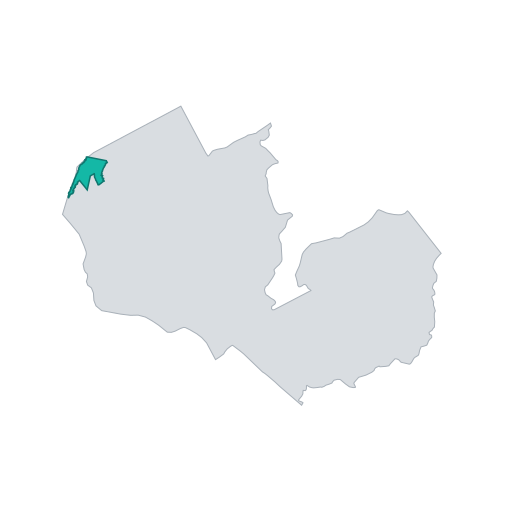 location of Shangombo, Western, Zambia, rotated 62°
{"feature_id": "96606910B19262681040951", "entity_name": "Shangombo", "entity_type": "district", "adm_level": 2, "iso_a3": "ZMB", "parent_name": "Zambia", "parent_adm1": "Western", "projection": "natural_earth1", "projection_center": [22.677, -16.496], "detail": "fine", "context": "in_parent", "style": "filled", "palette": "teal", "viewbox_px": 512, "rotation_deg": 62, "n_neighbors": 0, "source": "geoboundaries", "source_scale": "gbopen_adm2", "svg_char_len": 8263}
<svg xmlns="http://www.w3.org/2000/svg" viewBox="0 0 512 512"><g transform="rotate(62 256 256)"><path d="M328.5,340.4L309.5,340.4L302.6,342.2L296.9,344.8L290.1,349.0L286.1,351.9L285.0,353.5L284.5,357.1L284.4,362.6L283.7,366.5L281.6,370.1L271.3,374.5L264.6,378.1L258.0,382.3L252.9,387.8L249.5,394.6L243.7,402.9L231.8,417.9L224.9,420.7L219.2,420.0L212.3,416.9L206.8,416.3L202.7,418.3L198.9,417.7L195.5,414.5L192.6,413.4L190.2,414.2L187.2,414.1L181.8,412.4L177.0,407.0L174.5,404.8L172.5,404.0L166.8,403.1L153.8,401.9L140.3,404.6L128.4,407.3L116.3,395.4L104.7,382.8L102.2,379.6L97.8,375.4L94.6,373.3L93.4,372.3L90.3,361.1L88.5,350.8L88.4,252.0L141.8,252.0L145.2,251.5L145.3,250.5L142.9,245.2L143.0,243.3L143.7,239.8L146.0,232.6L146.2,230.2L145.1,222.4L145.2,218.1L145.8,209.3L145.5,206.3L146.7,202.4L147.2,199.7L147.7,198.6L147.1,195.6L146.0,185.2L145.4,180.8L148.6,181.4L149.6,183.6L150.3,185.9L151.7,186.1L155.5,187.5L156.8,189.4L157.7,193.6L157.2,195.7L155.9,197.5L157.2,199.0L159.7,200.0L161.2,199.7L165.5,196.9L169.4,195.8L171.5,195.1L180.3,193.2L182.1,192.2L183.3,192.2L184.2,193.0L183.4,195.9L183.1,198.6L184.2,203.6L185.0,205.9L186.8,207.6L188.2,208.5L189.6,210.3L192.7,209.9L199.5,212.5L201.5,213.7L204.4,214.8L206.4,215.3L213.3,216.2L220.7,217.6L224.5,217.7L227.2,217.3L229.1,216.6L230.3,215.8L230.8,215.1L233.6,205.7L235.0,204.9L236.9,204.4L237.9,205.3L239.1,211.3L244.4,216.6L246.2,221.2L247.5,225.0L248.7,226.1L250.7,227.4L253.9,227.9L256.8,228.0L271.1,234.6L272.6,235.8L274.4,239.3L275.4,243.3L276.5,246.5L278.4,247.1L280.0,247.3L281.6,249.4L282.8,251.3L287.0,259.1L287.6,262.2L289.7,264.3L292.4,265.1L295.0,265.3L296.5,264.3L300.2,262.7L303.0,260.9L305.1,260.3L306.4,260.6L307.3,261.9L307.9,265.8L309.9,267.1L311.4,266.6L312.0,265.1L312.0,264.3L312.3,223.7L311.0,224.0L309.3,225.1L305.5,225.3L304.1,226.1L303.6,227.4L303.9,229.1L303.9,231.4L303.4,232.5L301.7,232.9L299.3,232.0L294.9,230.9L291.3,230.2L288.7,227.1L285.2,222.5L282.9,220.2L277.4,215.4L276.4,214.5L274.8,212.2L273.3,208.4L272.0,204.0L271.2,201.2L272.6,196.9L275.9,182.8L276.7,178.5L279.4,174.0L279.7,170.0L278.6,164.9L278.9,162.1L279.3,146.0L278.6,140.9L276.8,135.3L272.8,127.4L272.8,125.8L279.1,120.7L280.9,118.7L284.2,114.6L286.4,111.1L287.8,108.2L288.3,104.6L287.2,101.1L289.4,100.4L340.6,91.3L341.3,93.7L342.8,97.7L344.5,100.7L346.7,103.3L348.6,104.8L349.8,105.3L357.7,105.1L360.5,106.7L363.0,108.7L363.6,111.8L365.2,113.7L366.9,115.2L367.7,115.4L369.0,115.0L371.1,115.0L373.0,115.6L374.0,116.3L374.0,118.9L374.6,120.1L377.3,120.5L380.0,120.7L382.6,122.4L385.4,122.8L388.7,123.5L390.2,125.4L393.7,127.3L397.9,129.0L402.6,131.9L402.7,132.7L403.5,134.4L404.3,135.6L404.4,137.4L404.7,139.1L405.9,139.5L406.9,139.6L407.9,138.4L409.1,138.4L410.5,139.2L411.0,141.1L412.0,143.6L413.7,145.4L414.9,147.1L414.4,150.1L413.7,152.9L416.0,155.7L419.1,158.3L419.9,159.5L420.1,163.4L420.5,164.7L422.6,168.0L423.6,170.1L423.5,171.4L417.9,177.8L414.4,178.8L412.9,180.1L412.0,181.5L414.2,187.9L415.3,190.3L414.3,193.4L412.0,198.6L411.0,199.0L410.8,202.9L411.5,204.4L412.5,205.5L413.0,208.2L412.8,214.8L411.3,222.3L413.8,228.8L414.6,229.5L418.1,229.6L418.7,230.1L417.8,232.0L415.4,234.9L410.9,237.1L404.6,239.6L403.2,241.9L402.3,245.4L403.0,247.4L403.8,248.6L403.5,251.6L402.9,254.8L403.1,257.2L402.8,259.5L402.0,260.5L400.8,263.9L399.4,267.2L398.3,268.7L396.7,270.3L394.2,271.7L394.2,272.3L397.0,273.9L397.8,275.0L398.0,275.7L396.8,277.4L398.1,278.4L399.7,279.3L401.2,281.5L402.9,285.7L403.2,286.1L403.7,286.2L404.6,285.7L406.4,284.0L407.7,283.4L409.2,285.8L382.5,296.2L376.3,298.3L366.9,302.0L363.9,303.3L361.4,304.7L336.7,312.8L332.8,314.4L324.0,318.5L323.7,319.2L323.8,321.1L324.5,325.0L326.0,328.5L327.3,330.5L328.1,335.8L328.5,340.4Z" fill="#d9dde1" stroke="#a8b0b8" stroke-width="1"/><path d="M101.6,343.4L89.1,358.7L89.1,359.3L89.6,359.3L89.7,359.6L89.9,359.6L90.0,359.8L89.9,359.8L90.0,359.9L90.0,360.2L90.4,360.2L90.5,360.4L90.5,360.5L90.8,360.8L90.8,361.0L91.1,361.0L91.3,360.9L91.4,361.0L91.2,361.3L91.2,361.5L91.4,361.6L91.4,361.8L91.1,362.0L91.4,362.1L91.6,362.5L91.8,362.6L92.0,362.7L92.0,362.8L91.8,362.9L91.7,363.1L91.9,363.2L91.9,363.4L92.3,363.5L92.3,363.9L92.5,364.0L92.5,364.3L92.7,364.5L92.7,364.8L92.5,365.1L92.5,365.3L92.7,365.2L92.7,365.4L92.8,365.6L92.8,365.8L93.0,366.0L92.9,366.1L93.0,366.9L93.2,368.4L93.5,369.0L94.2,369.8L94.5,370.4L94.9,370.9L95.5,371.4L96.0,371.7L96.4,371.8L96.5,371.8L97.1,373.1L98.2,373.8L98.3,374.0L99.2,375.4L99.6,376.1L100.0,376.4L100.3,376.9L100.5,377.1L101.6,378.4L102.4,379.4L102.8,380.0L103.1,380.4L104.3,381.6L105.4,382.6L105.7,382.9L105.9,383.4L106.5,383.7L106.7,384.2L106.6,384.3L106.9,384.5L107.2,385.0L107.8,385.5L108.4,386.2L108.6,386.3L108.8,386.4L108.8,386.7L108.6,386.9L108.8,387.1L109.6,387.4L109.7,387.7L109.5,387.8L110.0,388.0L109.9,388.3L110.0,388.4L110.3,388.7L110.3,388.8L110.7,389.2L111.1,389.4L111.7,390.0L112.1,390.8L111.8,390.9L111.9,391.3L112.1,391.5L112.3,391.8L112.8,392.2L113.2,392.3L113.5,392.3L114.0,392.4L114.4,393.0L115.3,393.8L116.6,394.4L116.6,394.5L116.6,394.4L116.7,394.2L116.5,393.8L116.4,393.7L116.3,393.8L116.2,393.9L116.1,393.7L116.0,393.8L115.9,393.7L116.0,393.7L115.9,393.6L116.0,393.5L115.9,393.3L115.7,393.4L115.6,393.1L115.6,392.9L115.4,392.8L115.4,392.6L115.4,392.3L115.3,392.2L115.2,392.0L115.1,391.9L114.9,392.0L114.8,391.8L115.0,391.7L114.9,391.6L114.7,391.6L114.8,391.5L114.7,391.2L114.5,391.4L114.3,391.3L114.4,390.9L114.5,391.0L114.6,390.8L114.5,390.4L114.4,390.5L114.4,390.4L114.5,390.2L114.6,389.9L114.7,389.7L114.6,389.3L114.7,389.2L114.7,388.9L114.8,388.8L114.8,388.6L114.5,388.3L114.6,388.1L114.5,387.9L114.4,388.0L114.4,387.9L114.3,387.7L114.2,387.5L114.0,387.4L113.9,387.4L113.8,387.2L113.7,387.4L113.2,387.2L112.9,387.0L112.6,386.8L112.4,386.9L112.4,386.7L112.3,386.8L112.1,386.7L111.9,386.6L111.7,386.3L111.7,386.0L111.5,385.9L111.4,385.8L111.5,385.8L111.4,385.6L111.2,385.4L111.2,385.1L111.1,384.9L111.0,384.7L110.9,384.6L110.6,384.1L110.4,383.9L110.6,383.8L110.5,383.4L110.4,383.4L110.2,383.4L110.2,383.1L109.9,382.9L109.8,383.0L109.7,383.1L109.1,382.9L108.9,382.7L109.0,382.2L108.9,382.1L108.7,382.0L108.8,381.9L108.8,381.5L108.7,381.4L108.6,381.5L108.5,381.4L108.6,381.2L108.6,380.6L108.4,380.7L108.3,380.4L108.3,380.1L108.2,380.0L108.3,379.8L108.3,379.7L108.2,379.6L107.9,379.4L107.8,379.2L107.6,378.9L107.4,378.9L107.1,378.7L106.9,378.8L106.5,376.3L116.6,374.3L116.9,374.3L118.4,374.0L107.5,364.7L107.4,360.7L107.3,360.3L107.4,360.2L107.9,360.5L108.2,360.6L108.3,360.5L108.6,360.5L109.2,361.0L109.5,361.0L110.0,361.2L110.1,361.4L110.4,361.5L111.3,361.6L111.8,361.5L112.4,361.5L113.7,361.9L114.4,361.7L114.8,361.7L115.4,361.8L115.6,361.9L115.8,361.9L116.3,361.7L116.8,361.7L117.3,361.9L117.7,361.9L118.2,361.8L118.8,362.1L119.0,361.9L119.3,361.5L119.4,361.4L119.2,360.0L119.0,358.5L118.7,357.5L118.7,357.1L118.6,356.5L118.3,355.6L118.5,355.1L118.3,355.1L118.2,355.0L118.1,354.9L117.9,355.0L117.7,355.1L117.8,355.0L117.7,354.9L117.4,355.1L117.0,354.9L116.7,355.0L116.6,354.9L116.6,355.0L116.5,354.9L116.5,355.0L116.4,354.9L116.0,354.7L115.8,354.6L115.5,354.8L115.5,354.7L115.4,354.8L115.3,354.7L115.1,354.7L114.9,354.7L114.7,354.6L114.4,354.8L114.0,354.5L113.9,354.6L113.6,354.4L113.3,354.5L113.3,354.4L113.2,354.3L112.8,354.3L112.7,354.3L112.7,354.2L112.6,354.3L112.6,354.2L112.5,354.3L112.3,354.1L112.2,354.1L111.9,354.0L111.8,353.9L111.7,354.0L111.6,353.9L111.5,354.1L111.3,353.8L111.1,353.9L110.9,353.8L110.9,353.7L110.7,353.6L110.6,353.4L110.4,353.3L110.4,353.1L110.0,353.1L109.8,353.0L109.7,352.9L109.6,352.7L109.3,352.4L109.2,352.3L109.2,352.2L109.1,351.9L108.8,351.9L108.6,351.6L108.5,351.4L108.4,351.3L108.4,351.2L107.9,350.9L107.8,350.7L107.7,350.7L107.5,350.3L107.4,350.2L107.2,350.0L107.1,349.8L106.9,349.7L106.7,349.3L106.5,349.1L106.5,348.9L106.4,348.7L106.2,348.7L106.3,348.7L106.2,348.5L106.2,348.3L105.9,348.0L105.7,347.9L105.6,347.5L105.4,347.5L105.4,347.1L105.2,347.0L105.2,346.8L104.9,346.5L104.9,346.4L104.7,346.1L104.5,345.9L104.4,345.9L104.1,345.7L104.1,345.4L104.0,345.2L103.8,345.0L103.9,344.9L103.8,344.6L103.7,344.6L103.7,344.4L103.6,344.5L103.6,344.4L103.6,344.1L103.6,343.9L103.5,343.7L103.4,343.6L103.3,343.4L103.1,343.4L103.0,343.6L102.6,343.5L102.4,343.6L102.2,343.6L101.9,343.5L101.6,343.4Z" fill="#14b8a6" stroke="#0f766e" stroke-width="1.5"/></g></svg>